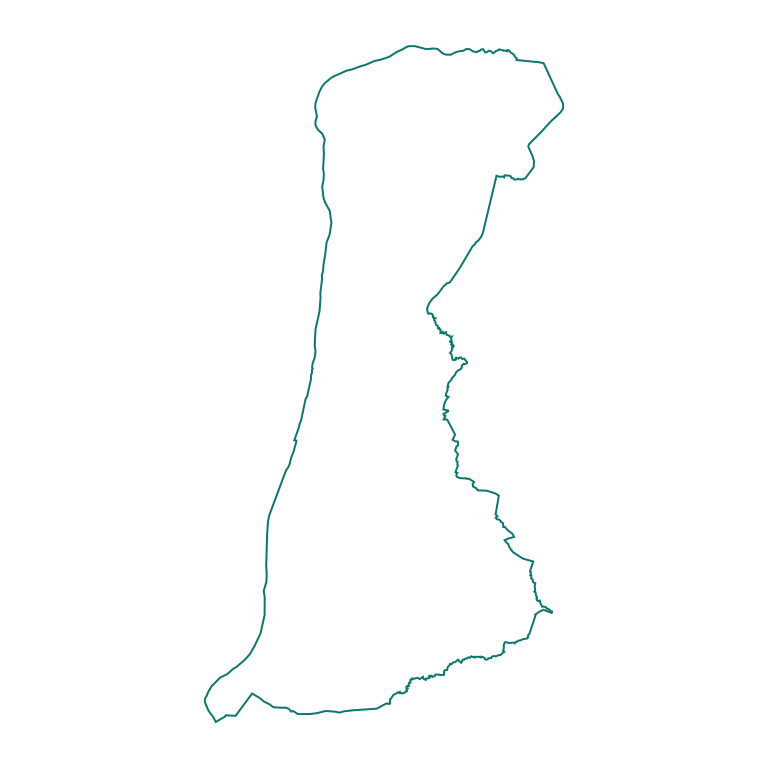 Ban Fang, Khon Kaen, Thailand
{"feature_id": "78962969B10387092558373", "entity_name": "Ban Fang", "entity_type": "district", "adm_level": 2, "iso_a3": "THA", "parent_name": "Thailand", "parent_adm1": "Khon Kaen", "projection": "orthographic", "projection_center": [102.643, 16.502], "detail": "fine", "context": "isolated", "style": "outline", "palette": "teal", "viewbox_px": 768, "rotation_deg": 0, "n_neighbors": 0, "source": "geoboundaries", "source_scale": "gbopen_adm2", "svg_char_len": 6055}
<svg xmlns="http://www.w3.org/2000/svg" viewBox="0 0 768 768"><path d="M563.1,103.8L559.9,97.0L557.8,93.9L543.7,63.3L539.6,62.3L516.5,60.0L516.7,58.3L515.6,57.6L513.6,54.4L510.2,52.1L509.4,50.7L508.0,50.0L507.4,50.2L507.4,51.2L506.7,51.2L504.8,50.5L503.6,50.8L502.8,50.2L499.1,49.4L497.9,50.5L496.0,50.9L494.5,52.4L493.0,53.2L491.0,51.3L489.0,50.7L486.6,52.3L485.1,52.4L483.2,49.2L481.3,49.4L479.6,51.0L478.7,50.9L476.6,52.2L473.1,51.4L469.6,49.2L466.4,49.0L463.2,50.8L459.1,51.3L455.0,52.5L450.9,54.7L445.7,54.6L442.6,53.3L437.7,49.0L433.7,48.5L426.1,49.1L414.8,46.1L409.0,46.2L406.6,46.9L402.8,49.2L396.2,52.3L389.3,56.8L380.5,59.7L374.4,61.0L365.2,65.0L361.3,66.0L352.3,69.3L346.2,70.8L333.2,76.6L330.3,78.5L324.9,83.1L322.0,86.6L319.2,92.2L315.5,103.0L315.2,107.6L317.0,116.7L315.8,119.9L315.3,123.2L315.9,126.3L318.1,129.9L322.3,133.8L324.8,139.7L323.5,146.6L323.9,154.2L323.1,168.6L323.9,174.2L323.4,181.0L322.2,186.5L323.5,197.9L325.4,203.1L329.7,210.7L331.4,223.0L329.6,234.6L326.6,242.4L325.1,255.4L323.5,264.6L323.1,270.7L321.8,275.5L322.1,278.8L320.4,292.6L320.5,298.4L319.5,311.3L315.5,329.4L314.7,345.6L315.5,351.7L314.5,358.4L312.7,363.0L312.1,367.2L312.7,368.9L311.9,369.5L312.0,373.0L311.3,373.9L310.8,379.9L307.1,396.6L305.6,398.8L301.0,420.8L299.9,422.9L298.8,427.7L294.3,440.3L296.3,440.6L296.4,441.4L293.5,451.8L291.1,457.8L289.4,464.7L288.0,467.7L286.1,470.1L269.1,515.7L267.9,522.3L267.1,535.5L266.2,565.6L266.7,574.0L266.4,581.7L263.7,591.0L264.7,597.1L264.6,615.0L260.6,633.1L254.9,645.3L249.8,654.3L244.2,660.3L236.4,667.0L233.1,668.9L227.1,674.2L220.1,677.6L211.4,686.5L208.0,692.4L206.5,696.2L204.9,698.7L204.9,702.2L208.5,710.7L213.5,717.5L215.8,721.9L225.2,716.5L225.7,715.3L235.6,715.8L252.1,693.5L259.7,698.0L263.8,701.5L269.7,704.4L273.3,707.2L281.8,707.8L286.1,707.6L289.1,709.1L291.3,711.7L292.8,710.9L298.1,714.1L309.9,714.0L316.7,713.2L325.7,711.0L334.7,711.6L339.5,712.6L344.1,711.3L352.8,710.3L376.6,708.7L386.5,703.4L389.5,704.0L390.0,703.5L389.9,699.4L390.5,699.2L393.3,695.0L396.8,693.3L397.4,692.4L398.1,692.6L399.6,692.0L399.5,693.0L399.9,693.3L400.9,692.8L402.4,693.5L404.7,692.6L405.6,691.6L406.6,691.5L407.0,690.7L406.5,689.8L407.7,688.4L406.4,687.9L406.6,686.3L408.9,685.9L408.6,684.2L409.0,683.0L410.5,682.6L410.1,681.7L410.6,679.6L412.3,679.4L412.3,678.5L413.7,678.8L417.6,677.8L419.8,679.1L422.9,676.9L423.1,678.4L425.6,679.9L425.7,678.7L429.4,678.1L429.5,676.9L429.0,676.3L429.4,675.8L430.2,676.1L431.5,675.7L431.7,676.6L432.6,676.9L435.0,675.8L435.2,674.9L436.0,674.5L438.8,674.6L440.3,675.1L444.0,674.8L444.0,671.2L444.9,670.3L447.1,670.0L447.7,666.9L449.4,665.6L450.0,663.9L451.6,664.2L452.7,662.6L455.1,662.1L458.0,659.7L458.5,659.8L459.3,661.4L461.2,662.7L462.9,659.5L464.3,659.7L465.4,658.5L466.7,658.5L468.5,657.3L470.0,657.7L471.4,656.3L472.9,657.1L473.8,656.8L474.7,657.6L475.8,656.7L479.6,657.0L480.1,656.6L480.8,657.4L482.3,656.8L484.6,658.0L484.9,659.2L485.7,659.6L487.7,659.4L488.2,658.5L489.4,658.1L491.2,658.1L492.0,656.6L493.6,656.0L495.7,656.4L499.0,655.0L500.2,655.2L502.6,653.1L503.0,651.6L504.1,651.8L503.4,650.2L503.9,647.1L503.6,646.0L504.5,642.8L505.2,642.1L509.5,643.0L514.4,642.6L514.8,643.2L516.1,641.8L516.9,641.8L518.6,640.6L520.7,640.3L522.6,639.3L527.3,638.4L528.1,637.3L527.8,636.4L528.3,634.9L529.3,634.1L535.5,615.5L535.2,614.6L539.3,611.7L543.5,609.8L551.7,612.9L552.1,611.5L550.9,611.4L549.4,609.5L547.0,608.7L546.0,607.3L543.1,606.5L542.1,606.7L540.3,602.9L539.8,600.6L538.1,601.1L537.1,600.4L537.1,599.1L536.4,598.5L537.1,597.5L536.0,595.4L535.6,592.5L534.3,591.7L535.2,590.7L534.7,585.9L535.3,583.2L533.1,582.3L532.7,579.5L531.2,578.5L531.4,575.7L530.4,575.2L531.0,574.6L530.5,572.7L530.9,572.2L530.0,571.4L533.2,561.5L522.9,558.6L513.4,552.5L510.4,549.0L508.4,545.1L508.5,544.2L506.3,542.4L504.6,540.2L508.1,538.6L514.0,537.0L513.3,535.1L511.8,533.2L508.3,530.8L504.7,526.8L503.3,527.0L503.0,523.4L502.4,522.5L501.0,522.0L500.5,520.8L498.6,519.4L497.0,519.3L495.7,517.6L497.4,516.2L495.6,514.4L498.8,495.6L495.5,493.5L486.9,490.7L478.1,490.4L476.6,489.2L476.5,488.4L473.0,486.5L472.7,483.8L473.8,482.7L473.9,481.8L468.7,478.6L467.3,479.0L465.6,478.1L464.7,478.4L459.6,478.1L456.9,476.7L456.3,475.8L456.6,473.8L457.3,472.8L455.5,472.1L457.9,465.4L457.3,464.2L457.6,462.0L456.5,460.9L456.2,459.3L458.0,454.2L455.1,450.4L456.6,446.2L457.7,445.8L458.1,445.1L457.9,442.0L457.7,441.5L455.5,441.4L452.6,439.9L455.1,434.6L447.4,419.9L446.4,419.5L443.7,419.4L445.1,417.0L445.3,415.8L444.4,415.9L443.4,414.0L448.1,411.3L448.1,410.5L443.4,409.5L444.0,405.0L445.1,401.9L446.3,399.4L448.5,397.0L445.8,395.8L446.2,394.9L446.0,393.9L447.7,389.7L447.4,388.2L448.4,386.7L447.6,386.4L448.5,382.9L451.7,379.4L451.7,378.4L454.7,375.3L456.1,372.3L458.0,370.4L460.3,369.4L461.8,367.7L461.7,366.2L462.5,364.7L463.5,363.9L464.4,364.3L466.4,363.5L467.0,363.0L467.1,362.2L464.1,358.6L462.2,358.9L460.9,357.6L459.7,357.4L458.5,358.6L456.1,357.8L455.5,358.2L456.0,359.2L455.8,359.7L453.8,360.1L452.7,359.8L451.4,354.2L450.0,352.9L451.4,351.3L452.2,348.7L451.8,347.2L453.2,347.0L453.7,346.0L453.4,345.3L451.7,345.0L451.1,344.3L451.9,343.5L452.0,342.1L450.4,342.0L450.0,341.5L451.5,339.9L451.1,337.6L451.8,336.6L450.1,336.8L449.4,335.8L446.6,334.8L445.9,332.2L443.7,333.7L443.3,333.3L443.6,332.6L442.6,331.8L441.7,333.0L440.4,333.1L440.6,329.6L439.2,329.3L439.2,327.9L437.9,328.1L437.7,325.8L436.1,324.9L435.1,321.4L434.1,320.2L434.1,319.2L435.4,318.2L433.0,317.3L433.0,315.3L431.6,313.8L430.0,313.3L428.7,313.8L428.0,313.4L427.0,308.7L429.3,303.0L432.5,298.7L437.5,294.4L444.0,285.8L446.1,284.3L446.4,283.5L449.9,282.4L459.8,267.9L472.6,246.2L473.9,245.3L476.2,242.1L478.0,240.9L481.3,236.6L482.9,232.8L496.5,175.8L499.5,176.8L502.6,176.5L504.2,177.3L504.6,175.3L509.4,175.7L510.7,176.4L511.7,178.1L513.2,178.3L514.1,179.4L515.1,179.6L517.9,179.2L518.3,178.7L519.4,179.3L522.8,179.4L523.8,178.6L524.7,178.7L525.6,177.9L533.7,167.1L534.0,160.9L532.4,155.8L528.3,146.7L529.0,144.2L542.2,130.9L550.7,121.5L560.5,112.4L563.1,108.4L563.1,103.8Z" fill="none" stroke="#0f766e" stroke-width="2"/></svg>